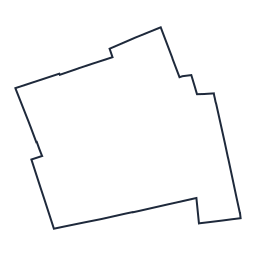 the district of Gemenele, Braila, Romania
{"feature_id": "2599482B65666711084077", "entity_name": "Gemenele", "entity_type": "district", "adm_level": 2, "iso_a3": "ROU", "parent_name": "Romania", "parent_adm1": "Braila", "projection": "mercator", "projection_center": [27.647, 45.284], "detail": "fine", "context": "isolated", "style": "outline", "palette": "slate", "viewbox_px": 256, "rotation_deg": 0, "n_neighbors": 0, "source": "geoboundaries", "source_scale": "gbopen_adm2", "svg_char_len": 975}
<svg xmlns="http://www.w3.org/2000/svg" viewBox="0 0 256 256"><path d="M199.0,223.4L199.3,223.3L208.6,222.2L222.6,220.5L231.6,219.3L240.6,218.2L240.3,215.6L240.0,213.0L239.9,213.0L239.7,212.2L239.0,209.0L236.5,197.5L232.4,178.1L228.3,158.9L227.8,156.9L225.6,146.5L224.9,143.2L222.6,132.8L216.2,104.0L215.5,101.7L214.8,98.2L214.2,95.7L214.0,94.4L213.8,93.7L213.8,93.4L205.7,93.9L204.7,94.0L197.0,94.2L195.9,90.5L195.1,87.7L191.3,75.1L182.5,76.2L179.5,77.2L172.6,59.0L172.2,57.6L160.7,27.3L135.3,37.6L109.6,48.7L112.5,57.2L92.1,63.8L78.5,68.3L78.4,68.4L59.8,74.8L59.3,73.7L31.9,82.7L15.4,88.1L15.6,88.8L19.4,98.4L26.8,117.2L28.4,121.2L30.3,126.2L30.4,126.4L36.3,142.2L36.8,142.0L39.2,148.7L41.9,155.6L42.1,156.0L31.4,159.5L40.4,187.3L44.0,198.2L53.9,228.7L63.4,226.7L84.4,222.4L100.1,219.3L102.0,218.9L104.7,218.3L125.1,213.7L132.7,212.1L132.8,212.3L139.7,210.8L153.3,207.7L166.9,204.6L196.4,198.0L198.9,222.9L199.0,223.4Z" fill="none" stroke="#1e293b" stroke-width="2"/></svg>